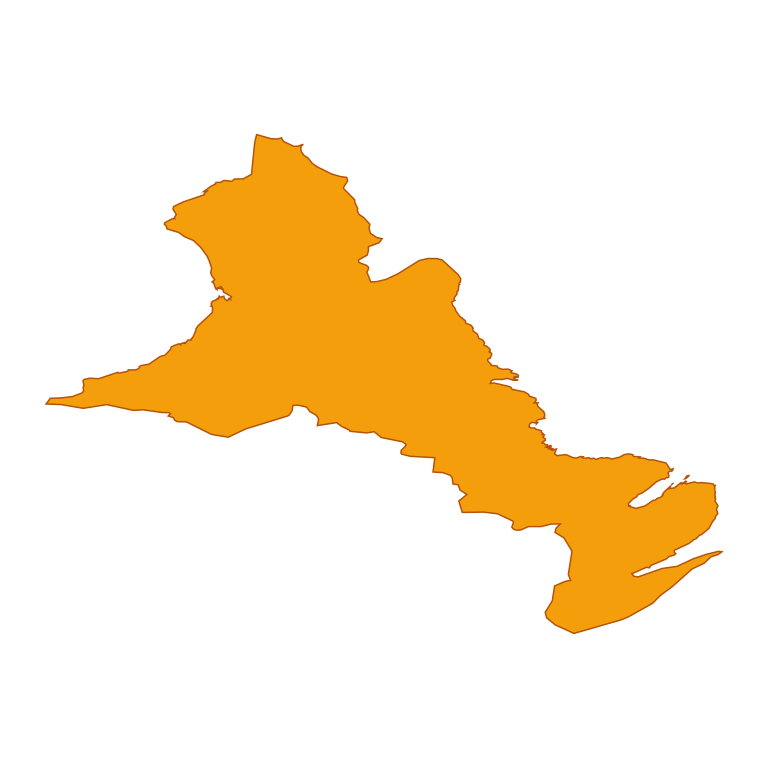 Strandabyggð, Vestfirðir, Iceland (Robinson projection)
{"feature_id": "244011B90835463390859", "entity_name": "Strandabyggð", "entity_type": "district", "adm_level": 2, "iso_a3": "ISL", "parent_name": "Iceland", "parent_adm1": "Vestfirðir", "projection": "robinson", "projection_center": [-21.814, 65.764], "detail": "fine", "context": "isolated", "style": "filled", "palette": "amber", "viewbox_px": 768, "rotation_deg": 0, "n_neighbors": 0, "source": "geoboundaries", "source_scale": "gbopen_adm2", "svg_char_len": 6121}
<svg xmlns="http://www.w3.org/2000/svg" viewBox="0 0 768 768"><path d="M628.1,617.0L652.7,603.2L660.5,595.3L672.4,586.5L692.2,568.9L704.1,563.3L710.9,556.8L718.0,554.6L721.9,551.8L718.9,551.3L706.7,554.2L693.3,558.8L676.9,566.4L662.0,568.5L638.1,576.9L633.9,576.3L631.9,573.7L646.4,567.3L649.4,567.8L650.9,565.4L666.2,559.0L668.7,556.7L674.3,555.0L675.8,553.7L674.1,552.0L674.3,550.3L689.2,543.3L693.7,539.7L696.2,538.7L699.3,535.4L701.7,534.5L709.1,528.2L712.4,521.9L715.1,518.5L715.4,516.6L717.8,513.5L716.5,509.3L717.9,505.6L714.9,500.9L715.7,498.7L714.7,497.4L715.4,496.6L714.7,494.4L715.5,492.7L714.9,491.1L714.7,486.9L715.3,485.4L714.1,485.5L713.4,484.1L711.4,483.6L700.9,482.5L698.3,483.1L694.2,481.9L686.6,483.9L684.9,483.3L686.4,481.6L685.7,481.1L682.3,483.9L680.9,483.8L681.6,482.9L680.6,482.9L674.5,487.9L669.1,488.7L671.1,485.5L664.3,491.8L662.3,494.8L662.8,495.5L660.2,497.5L657.2,498.4L654.9,500.4L653.3,500.2L645.1,505.9L636.0,508.4L629.2,506.3L629.8,505.6L628.7,505.5L628.4,503.5L633.0,499.0L636.6,496.9L638.2,494.5L641.9,493.1L648.5,488.6L656.4,481.8L661.8,479.1L664.9,479.1L665.7,477.9L668.6,477.3L668.9,475.5L668.0,472.6L669.9,471.1L671.7,471.2L672.8,470.1L673.0,468.7L671.4,469.5L669.9,469.0L666.0,463.0L653.5,459.9L649.0,459.9L643.4,458.1L639.1,458.2L638.7,458.0L640.0,456.9L634.0,456.5L632.9,455.7L633.0,454.9L631.6,454.4L628.1,453.9L623.9,454.7L620.1,457.0L612.0,459.0L607.3,457.6L603.8,458.2L601.8,457.5L595.9,459.4L593.5,458.2L590.9,458.8L589.2,457.8L583.4,458.2L582.2,457.6L583.1,456.7L580.4,456.5L576.5,458.1L572.9,457.6L565.9,454.6L557.2,455.6L554.5,453.8L556.4,449.0L552.4,450.3L551.1,449.7L552.4,448.7L549.3,448.8L551.7,446.4L548.8,448.1L551.3,445.2L548.7,446.3L548.5,447.9L545.9,447.2L547.9,446.1L547.5,444.8L545.5,444.9L544.0,443.2L542.0,443.2L542.1,442.3L545.9,440.0L544.9,440.2L545.4,438.8L543.0,437.4L544.5,435.0L542.1,434.6L543.0,433.5L541.3,432.3L541.4,430.7L535.7,429.1L534.8,428.0L531.2,428.0L529.1,427.0L529.6,424.0L532.1,422.3L536.4,423.1L536.4,424.0L537.6,422.6L535.8,422.8L536.5,421.2L538.1,419.7L544.9,418.3L543.8,417.2L544.7,416.2L544.6,413.4L543.5,412.4L543.9,411.8L538.1,406.6L537.1,404.3L538.0,402.7L534.1,403.0L536.2,400.3L535.8,398.3L529.5,396.2L528.5,394.3L524.2,391.8L512.2,389.4L510.8,387.2L509.2,386.5L494.1,383.0L490.2,383.4L491.5,380.5L494.6,379.4L502.0,379.5L507.6,378.4L513.6,380.4L518.2,380.1L513.7,378.7L513.5,377.9L514.5,376.6L518.2,377.1L518.4,375.4L516.1,373.8L511.6,372.9L510.7,372.0L512.1,370.8L508.3,369.1L502.2,369.3L497.6,367.6L497.4,366.1L491.1,365.3L491.1,364.4L487.7,360.8L487.7,359.1L490.1,358.2L491.8,354.4L491.1,352.8L489.1,351.8L490.2,350.8L489.8,348.9L486.6,346.1L484.3,345.6L483.8,344.4L484.5,343.4L484.3,342.2L482.7,339.9L478.8,338.4L477.4,334.2L473.3,331.1L472.6,329.0L473.2,328.2L471.1,325.3L465.5,323.0L465.4,320.8L459.5,316.1L455.5,310.3L455.0,308.2L452.5,305.1L451.7,302.1L455.0,300.4L454.2,299.7L454.3,297.7L457.1,293.9L456.8,292.1L458.3,290.5L458.9,285.1L459.6,284.4L459.0,283.6L460.4,282.0L460.7,278.8L458.4,274.9L442.2,260.0L437.3,258.6L427.9,258.5L419.3,260.5L398.1,273.7L386.0,279.4L376.9,281.6L370.8,282.0L366.9,272.1L368.5,269.0L368.4,267.1L366.2,265.2L359.8,262.9L358.6,261.7L358.6,259.9L367.2,255.1L368.5,250.4L368.4,246.7L379.0,242.8L382.1,238.7L376.7,237.5L370.5,233.4L369.0,228.1L369.9,224.3L363.6,217.5L358.9,214.3L357.3,210.6L357.7,208.3L355.0,202.9L354.6,199.7L343.7,188.7L343.6,187.3L347.7,180.8L346.7,177.4L340.1,176.5L331.4,173.9L316.9,166.7L312.1,163.2L308.1,158.1L303.8,155.2L301.2,151.6L300.7,147.7L301.4,146.0L303.3,144.3L297.8,146.2L293.8,146.3L283.4,141.4L281.5,137.9L277.4,139.0L270.9,138.7L256.6,134.6L254.7,142.6L251.5,174.3L243.1,178.9L234.8,179.0L231.5,181.3L223.9,180.4L220.8,182.3L216.1,182.5L215.3,183.2L215.5,184.0L210.9,186.3L203.8,191.5L207.0,191.1L204.1,193.7L204.5,194.7L183.3,201.9L173.6,206.5L173.0,209.1L176.3,214.6L174.2,217.8L174.8,218.6L171.9,218.9L164.7,222.8L164.3,224.1L166.1,226.0L167.2,229.0L178.6,232.4L184.9,236.9L193.5,240.5L200.7,247.4L207.1,256.1L209.1,260.6L211.6,267.9L210.7,272.8L211.8,275.8L214.7,279.5L212.1,282.0L213.7,283.0L215.7,288.8L217.0,289.6L216.8,288.3L220.3,288.5L218.4,287.7L221.0,286.6L222.8,289.0L220.5,288.5L223.3,290.1L223.4,292.0L231.4,296.6L230.9,297.9L229.3,298.3L230.2,299.5L228.4,298.9L227.7,300.5L226.9,300.7L224.5,298.7L223.8,296.2L219.3,297.5L219.7,296.8L219.2,296.2L218.8,297.8L217.5,298.5L218.2,298.9L212.5,301.3L211.2,303.3L211.6,305.1L210.8,306.1L212.2,306.6L212.6,307.8L212.2,312.7L198.1,325.7L196.1,328.6L195.6,331.2L192.8,337.3L191.2,338.9L191.4,339.9L187.8,340.1L185.3,343.4L183.2,343.2L185.5,342.3L180.7,343.8L180.7,344.8L178.8,343.8L173.7,345.7L171.1,347.1L170.8,349.1L165.0,355.2L160.1,356.5L148.9,364.2L141.0,365.6L139.2,366.6L139.5,367.5L138.3,368.7L135.8,369.9L128.3,369.9L127.8,371.3L118.8,373.2L117.9,372.3L98.7,378.7L89.7,378.2L83.9,379.5L83.0,380.7L83.9,385.6L83.1,387.2L83.6,391.1L82.1,392.9L72.7,396.5L61.6,397.9L50.3,398.3L46.1,404.0L61.3,404.6L83.2,408.3L106.7,404.6L133.5,410.4L143.0,409.8L161.9,412.5L168.7,412.6L170.4,413.6L168.2,416.0L173.4,417.6L174.6,420.2L177.1,421.6L186.4,421.9L211.5,434.4L228.3,437.2L245.7,428.9L287.9,415.9L289.5,414.8L292.2,410.5L292.9,405.4L298.2,405.2L306.6,407.1L309.9,411.7L315.3,414.6L317.4,416.6L318.6,419.7L317.3,425.6L336.6,422.6L341.6,426.4L349.3,430.1L350.1,431.3L366.6,432.9L374.2,431.7L381.2,437.5L402.6,441.8L406.1,444.4L405.1,446.5L401.3,450.2L400.9,452.8L401.7,454.1L410.2,456.3L434.8,457.7L433.0,472.0L442.8,472.6L450.3,475.3L452.2,477.9L453.0,484.0L458.1,484.7L460.1,490.1L466.9,494.5L458.8,501.0L462.3,512.4L483.7,512.1L497.6,513.8L512.7,521.0L513.4,522.4L511.8,527.2L513.6,529.3L516.8,530.1L520.6,530.0L528.4,526.6L540.8,526.6L551.6,524.0L560.3,524.0L556.1,528.1L555.0,532.4L563.9,537.8L572.0,551.1L568.3,574.6L570.7,580.4L565.1,581.4L554.6,585.9L552.3,600.7L545.2,612.3L546.6,617.8L555.1,624.8L573.9,633.4L620.9,619.9L628.1,617.0ZM685.5,478.8L688.5,476.3L688.9,475.6L687.2,475.7L685.8,477.3L686.3,477.9L684.9,478.8L685.5,478.8ZM517.6,377.2L515.6,377.1L514.8,377.5L517.6,377.2ZM671.2,484.9L672.6,483.8L673.7,482.9L671.2,484.9Z" fill="#f59e0b" stroke="#b45309" stroke-width="1.5"/></svg>